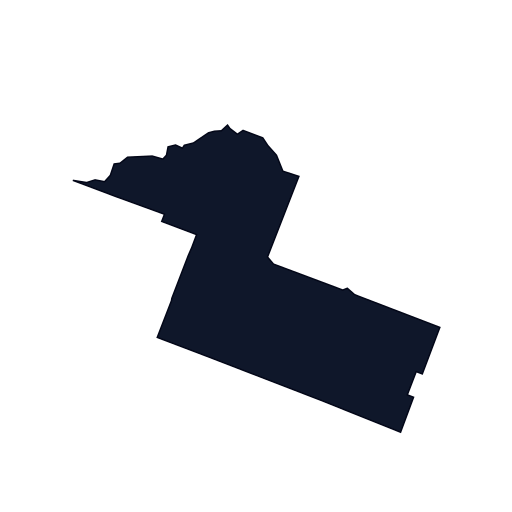 Lake, Florida, United States of America (Mercator projection), rotated 291°
{"feature_id": "52423323B41510935650721", "entity_name": "Lake", "entity_type": "district", "adm_level": 2, "iso_a3": "USA", "parent_name": "United States of America", "parent_adm1": "Florida", "projection": "mercator", "projection_center": [-81.605, 28.811], "detail": "fine", "context": "isolated", "style": "filled", "palette": "ink", "viewbox_px": 512, "rotation_deg": 291, "n_neighbors": 0, "source": "geoboundaries", "source_scale": "gbopen_adm2", "svg_char_len": 848}
<svg xmlns="http://www.w3.org/2000/svg" viewBox="0 0 512 512"><g transform="rotate(291 256 256)"><path d="M363.4,227.4L368.7,220.0L368.6,198.9L363.0,195.0L365.7,185.9L368.0,182.5L360.5,178.8L357.6,172.5L354.0,167.5L339.1,157.1L333.7,149.4L330.3,148.7L330.8,141.1L326.4,134.8L318.0,136.3L313.1,134.3L312.1,123.3L302.2,100.7L293.9,95.8L291.1,90.6L279.1,91.1L271.1,88.0L269.4,78.5L263.9,71.6L261.0,57.9L261.3,104.0L262.2,155.6L254.5,155.6L254.7,192.9L240.8,193.0L232.2,192.6L216.3,192.6L186.3,192.6L183.9,193.1L144.6,193.0L144.8,245.6L144.6,358.3L144.6,366.6L143.3,454.1L180.6,453.7L180.6,447.0L205.5,447.0L205.5,453.5L255.2,453.2L255.2,399.4L255.2,368.8L255.2,365.9L255.3,361.7L258.6,352.8L255.3,349.2L254.8,286.5L254.7,275.2L259.2,267.1L345.7,267.5L344.8,250.7L357.4,239.0L363.4,227.4Z" fill="#0f172a" stroke="#020617" stroke-width="1.5"/></g></svg>